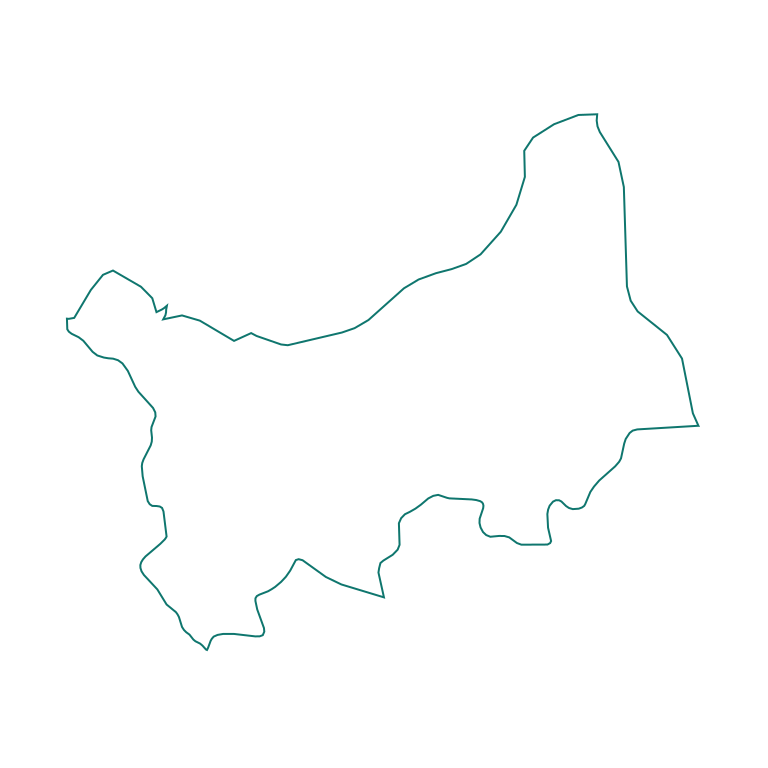 map outline of Shirak (Albers equal-area conic projection), rotated 80°
{"feature_id": "ARM-1555", "entity_name": "Shirak", "entity_type": "Province", "adm_level": 1, "iso_a3": "ARM", "parent_name": "Armenia", "parent_adm1": "", "projection": "albers", "projection_center": [43.928, 40.787], "detail": "fine", "context": "isolated", "style": "outline", "palette": "teal", "viewbox_px": 768, "rotation_deg": 80, "n_neighbors": 0, "source": "natural_earth", "source_scale": "10m", "svg_char_len": 2668}
<svg xmlns="http://www.w3.org/2000/svg" viewBox="0 0 768 768"><g transform="rotate(80 384 384)"><path d="M330.1,127.8L344.8,126.6L356.6,121.6L384.8,96.8L410.7,86.1L466.5,84.9L479.8,81.6L479.6,82.7L472.7,142.5L473.1,147.2L474.9,150.6L480.1,155.5L484.4,157.8L498.4,163.5L501.4,165.9L505.2,170.6L516.4,188.8L521.5,195.0L526.1,199.5L537.1,206.6L538.8,208.0L540.0,210.5L540.6,213.9L540.0,219.8L538.2,223.4L535.8,225.9L530.5,229.7L528.9,231.8L528.3,234.9L529.2,238.0L532.6,242.0L536.2,244.2L540.4,245.7L554.0,247.4L567.7,246.7L569.5,248.0L570.5,250.9L566.1,276.6L563.7,280.7L556.8,287.3L554.6,291.8L553.6,297.2L552.9,305.8L550.5,309.6L547.0,312.2L542.1,313.8L537.5,314.1L533.3,313.2L523.5,307.9L521.1,307.2L519.2,307.3L517.7,307.9L516.8,308.8L516.1,309.6L514.3,313.3L512.9,317.7L508.0,339.4L507.1,341.6L502.6,349.9L502.7,354.9L504.4,360.3L509.3,368.7L512.2,374.7L514.4,380.8L515.9,386.0L519.1,390.4L523.7,393.5L545.1,396.6L549.5,399.3L553.7,405.1L557.8,415.3L559.7,418.6L564.6,420.8L568.7,422.2L594.1,421.1L574.0,460.8L564.0,474.7L543.4,494.8L541.7,498.5L542.1,501.4L551.5,508.8L556.8,514.1L561.0,519.7L564.9,526.4L566.5,530.1L568.0,534.2L569.8,543.3L570.8,546.1L572.7,547.8L575.3,548.3L584.0,548.0L603.5,544.6L607.1,544.9L610.3,547.0L610.9,550.2L610.2,554.6L604.1,575.1L602.2,585.9L602.2,591.5L603.2,595.6L605.0,597.8L606.8,599.3L613.3,603.1L615.2,604.5L614.6,605.4L610.1,608.2L607.7,610.2L604.6,614.4L602.6,616.1L597.0,619.1L594.1,621.9L591.5,623.7L588.2,625.1L577.9,626.4L575.1,627.3L572.6,628.5L563.4,636.4L546.9,642.9L530.4,653.6L526.4,655.3L522.9,655.8L520.0,655.4L517.3,654.0L514.9,651.9L512.4,648.8L502.6,632.1L499.0,626.9L497.7,625.6L496.5,624.6L471.2,623.3L467.5,624.1L465.7,626.1L464.7,629.1L463.8,633.4L461.7,635.6L458.3,637.0L433.0,637.7L422.9,636.8L419.8,635.8L416.5,633.9L403.9,624.4L400.4,622.7L396.6,621.8L389.1,621.3L386.0,620.4L376.3,614.6L372.2,614.2L367.5,615.6L349.0,627.2L343.6,629.5L326.6,634.0L318.3,638.0L314.4,641.8L312.0,646.4L310.8,651.0L309.3,655.3L306.1,661.4L301.7,665.4L289.2,672.6L284.9,676.6L280.3,682.9L277.7,685.3L275.1,686.4L264.6,684.9L265.1,683.1L265.1,677.6L240.5,656.4L227.7,641.8L225.2,631.2L246.1,606.4L259.3,597.3L273.7,595.6L272.1,589.9L271.1,587.5L269.2,584.2L272.9,585.6L275.6,586.2L278.3,587.3L282.0,590.2L281.4,571.0L289.6,554.4L315.5,524.2L310.8,506.0L314.6,501.1L327.2,478.5L329.1,472.0L326.0,416.5L323.9,403.3L318.3,388.2L293.2,347.7L287.1,331.8L283.9,313.6L282.6,297.5L280.0,282.2L273.1,266.4L254.3,242.5L230.5,222.5L204.5,209.3L178.7,205.4L167.2,194.4L157.7,171.4L152.8,145.9L155.4,127.2L161.5,128.8L167.4,129.0L173.4,127.7L206.0,114.5L231.7,113.6L330.1,127.8Z" fill="none" stroke="#0f766e" stroke-width="2"/></g></svg>